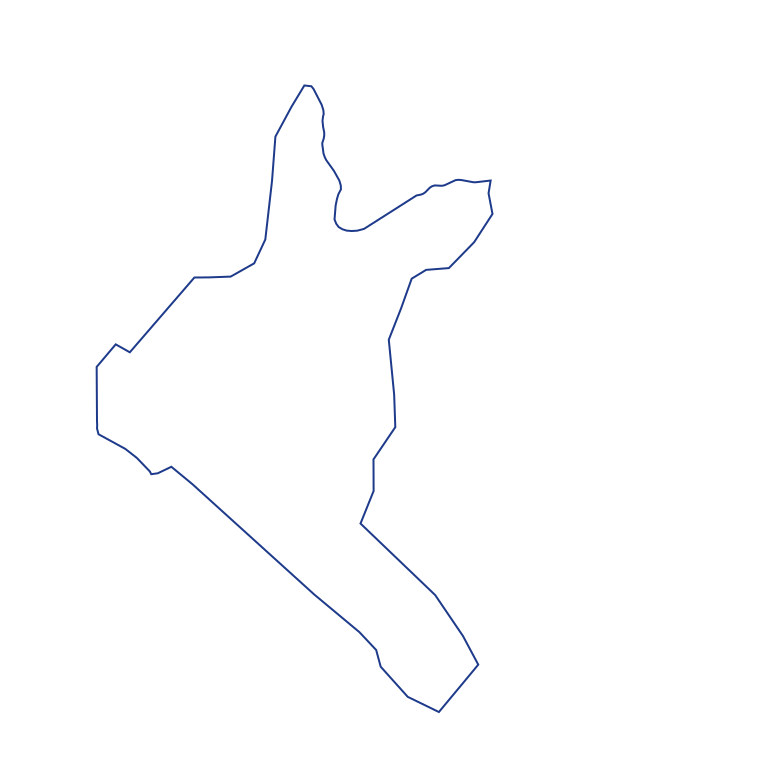 map outline of Dabola (Albers equal-area conic projection), rotated 310°
{"feature_id": "GIN-5632", "entity_name": "Dabola", "entity_type": "Prefecture", "adm_level": 1, "iso_a3": "GIN", "parent_name": "Guinea", "parent_adm1": "", "projection": "albers", "projection_center": [-11.021, 10.553], "detail": "fine", "context": "isolated", "style": "outline", "palette": "blue", "viewbox_px": 768, "rotation_deg": 310, "n_neighbors": 0, "source": "natural_earth", "source_scale": "10m", "svg_char_len": 1282}
<svg xmlns="http://www.w3.org/2000/svg" viewBox="0 0 768 768"><g transform="rotate(310 384 384)"><path d="M229.6,636.6L213.7,636.7L168.0,636.9L159.6,603.3L165.3,563.2L175.2,549.0L178.1,524.7L177.9,465.9L184.1,301.6L183.9,274.3L170.2,268.1L165.3,263.7L166.5,260.8L168.5,242.3L168.0,227.6L162.0,197.6L165.6,192.6L167.8,191.0L171.1,188.0L212.4,152.9L241.9,153.0L244.9,168.9L343.7,170.3L353.0,181.2L367.7,197.5L393.0,207.0L418.4,200.2L467.7,167.6L503.7,141.8L537.1,134.9L561.5,131.1L565.4,137.0L564.6,140.7L557.8,156.8L554.8,161.5L552.0,164.3L549.8,165.3L546.0,167.8L541.7,172.2L538.4,176.4L535.9,178.5L533.4,180.0L529.0,181.8L527.8,182.8L521.6,189.6L519.6,193.0L518.3,196.1L515.1,208.6L511.2,218.9L508.3,223.3L505.4,225.9L500.3,227.0L495.8,228.9L489.7,232.2L478.3,240.3L476.1,244.3L475.1,248.3L475.8,252.6L477.5,256.8L480.5,261.0L484.3,265.0L490.0,269.0L549.3,287.7L552.9,290.6L554.9,291.7L557.4,292.4L563.8,292.9L566.4,293.7L568.8,295.3L573.0,300.9L575.1,302.6L586.2,307.8L588.2,309.7L590.0,312.2L595.9,322.6L597.3,324.4L608.4,334.9L597.3,341.5L584.0,357.8L550.6,361.9L514.5,359.2L498.5,342.9L482.5,337.5L453.1,348.4L421.0,359.2L382.3,398.7L358.2,420.4L319.5,424.4L295.4,444.8L262.0,455.7L255.2,558.9L241.7,606.5L229.6,636.6Z" fill="none" stroke="#1e3a8a" stroke-width="2"/></g></svg>